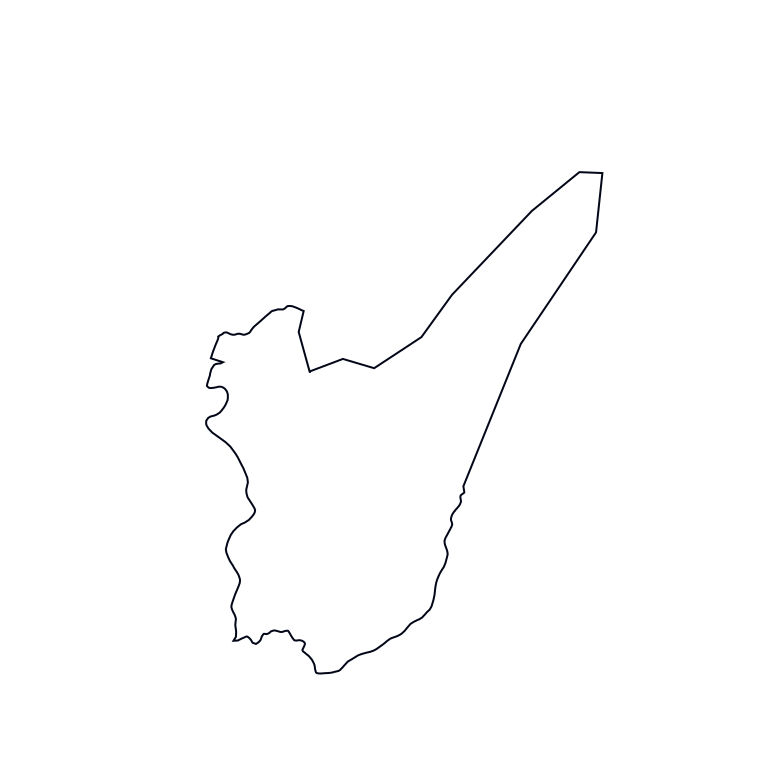 the district of Bazile, Dennery, Saint Lucia, rotated 124°
{"feature_id": "8701671B50411660224690", "entity_name": "Bazile", "entity_type": "district", "adm_level": 2, "iso_a3": "LCA", "parent_name": "Saint Lucia", "parent_adm1": "Dennery", "projection": "mercator", "projection_center": [-60.918, 13.909], "detail": "fine", "context": "isolated", "style": "outline", "palette": "ink", "viewbox_px": 768, "rotation_deg": 124, "n_neighbors": 0, "source": "geoboundaries", "source_scale": "gbopen_adm2", "svg_char_len": 6152}
<svg xmlns="http://www.w3.org/2000/svg" viewBox="0 0 768 768"><g transform="rotate(124 384 384)"><path d="M274.3,293.0L139.7,293.0L87.0,320.9L99.1,340.5L157.8,358.2L272.0,377.5L324.2,379.2L376.4,401.0L386.2,432.1L414.7,452.3L416.0,451.8L388.6,483.8L368.4,491.4L369.0,494.2L369.1,495.6L369.6,498.3L369.8,499.4L370.7,503.1L371.4,504.7L371.9,505.6L372.5,506.5L373.5,507.6L374.1,507.8L374.3,507.8L374.7,508.0L375.5,508.1L376.9,508.5L378.0,509.0L378.5,509.3L379.4,510.5L380.8,512.7L381.5,513.7L381.8,514.0L382.7,514.7L384.2,515.9L384.6,516.4L385.0,516.6L385.1,516.8L385.4,517.0L385.7,517.3L386.9,518.0L387.1,518.0L389.4,518.5L389.8,518.7L395.1,520.2L395.5,520.2L398.3,521.0L399.8,521.3L402.8,522.1L403.9,522.4L408.7,523.7L409.2,523.8L409.6,523.9L410.0,523.9L410.4,524.0L411.0,524.0L411.5,524.1L412.1,524.1L413.8,524.2L415.6,524.1L416.2,524.2L417.2,524.4L417.4,524.6L418.9,525.5L420.2,526.4L420.7,526.9L421.3,527.4L421.7,528.0L422.0,528.7L423.0,531.7L423.3,532.0L423.4,532.4L423.9,533.0L424.7,533.8L425.0,534.0L426.3,535.1L427.2,536.1L427.6,536.6L427.7,536.9L428.5,538.9L429.1,542.8L429.8,544.2L431.3,545.6L432.8,545.8L435.4,547.2L437.4,548.0L438.2,547.2L439.8,546.7L441.6,546.3L445.3,545.6L452.7,543.9L459.5,541.9L456.0,529.7L458.6,531.2L459.9,533.0L461.8,534.8L463.4,535.5L468.3,535.4L472.8,533.9L474.3,533.1L478.6,531.9L482.5,530.7L484.6,529.8L484.9,528.6L485.0,526.7L484.6,525.8L482.5,523.2L480.1,520.8L478.6,519.5L477.2,517.2L476.8,514.7L477.0,512.9L478.0,510.1L479.8,507.8L482.6,505.8L485.0,504.6L490.1,503.7L493.2,503.6L496.9,503.8L499.7,504.2L503.3,505.8L505.4,507.3L507.8,509.5L510.4,510.8L513.9,510.8L516.6,509.1L517.6,507.8L519.1,504.6L520.3,499.2L520.8,483.1L521.8,476.5L524.6,468.6L526.4,464.5L530.6,457.0L532.5,453.4L533.2,452.4L536.3,447.7L538.3,444.8L541.7,441.8L548.9,439.0L551.6,436.8L554.2,433.8L557.2,426.7L559.1,422.6L560.4,420.5L562.3,419.5L564.6,419.1L567.7,419.3L572.3,420.0L576.9,422.0L580.1,424.1L585.2,425.7L590.4,426.6L594.9,426.6L600.1,425.7L603.2,425.0L609.3,422.8L611.9,420.4L614.5,416.7L617.0,412.6L619.0,407.8L620.5,405.0L622.4,400.3L623.9,397.5L625.4,395.5L626.9,393.8L629.4,392.4L633.3,391.4L641.5,389.8L648.8,387.9L652.4,386.8L654.3,385.8L655.9,383.9L656.7,382.6L657.6,381.2L658.4,379.5L660.2,376.9L661.7,375.3L664.8,373.7L667.0,372.5L671.6,368.4L673.2,367.3L676.4,365.4L681.0,365.2L679.0,362.5L678.4,361.7L676.5,360.7L674.4,359.5L670.2,356.8L669.8,355.8L669.9,353.8L670.6,351.1L672.0,348.3L671.1,344.8L668.9,343.8L668.6,343.8L667.4,343.4L666.9,343.4L666.6,343.3L666.3,343.3L665.8,343.2L664.8,343.3L663.9,343.5L662.1,344.0L661.5,344.1L661.2,344.1L660.9,344.2L659.4,344.1L659.1,344.1L658.8,344.1L658.3,343.9L657.9,343.3L657.2,341.9L656.9,341.4L656.4,341.0L655.8,340.6L655.0,340.1L654.5,339.9L652.4,339.4L651.9,339.1L650.9,338.3L649.7,337.3L649.0,335.8L648.1,333.2L647.7,331.8L647.0,330.3L645.8,329.2L645.5,329.0L645.2,328.7L644.8,328.5L643.5,327.3L642.9,326.6L642.5,326.0L642.3,325.5L642.3,325.3L642.8,324.0L645.5,318.4L646.0,317.0L646.6,315.2L646.5,314.8L646.3,314.3L645.9,313.5L645.3,312.6L644.6,312.0L643.8,311.0L643.5,310.5L642.9,309.1L642.6,307.9L642.6,306.5L642.7,306.3L642.7,305.6L643.0,305.0L643.4,304.4L644.0,304.1L644.4,304.0L645.6,303.6L646.0,303.6L646.3,303.5L647.3,303.4L647.7,303.3L649.0,303.2L649.5,303.0L649.8,303.0L650.3,302.7L650.7,302.2L650.9,301.6L650.9,301.4L651.0,301.1L651.0,300.8L651.0,300.0L651.1,299.4L651.1,298.8L651.2,298.5L651.4,296.6L651.4,296.2L651.4,295.4L651.5,295.1L651.5,294.8L651.6,294.0L652.1,292.1L652.8,289.9L653.6,288.1L653.9,287.7L654.5,286.5L655.4,285.1L656.5,283.8L658.7,281.9L659.3,281.3L660.8,279.6L661.1,279.1L661.2,278.7L661.2,278.2L660.9,277.2L660.3,276.0L659.7,275.0L657.4,272.0L657.2,271.8L656.7,271.2L655.1,269.0L653.8,267.4L652.6,266.1L651.6,265.1L650.0,263.8L649.6,263.3L649.0,262.9L648.8,262.6L647.9,261.8L647.2,261.2L646.6,260.9L645.6,260.5L642.7,260.0L641.1,259.7L640.4,259.7L638.5,259.4L637.8,259.3L637.1,259.2L636.4,259.1L635.7,259.0L635.3,258.9L634.4,258.8L633.5,258.4L632.3,257.8L630.0,256.7L627.1,255.4L626.8,255.2L626.4,255.0L626.2,255.0L625.8,254.8L625.3,254.6L625.0,254.4L624.3,254.2L622.8,253.3L620.7,251.8L620.0,251.2L619.7,251.0L616.0,247.8L613.9,245.8L610.9,243.6L610.1,243.1L607.7,241.9L605.5,241.1L602.5,240.0L601.8,239.7L600.9,239.4L598.8,238.7L594.9,237.6L592.0,236.5L591.5,236.3L590.6,235.7L590.2,235.5L587.5,233.4L584.6,231.4L584.0,231.2L583.4,230.8L582.3,230.3L580.9,229.7L580.3,229.6L579.1,229.3L577.0,228.8L575.3,228.7L574.7,228.6L574.4,228.6L571.6,228.3L571.4,228.3L570.9,228.2L570.6,228.2L570.0,228.1L568.1,227.9L567.4,227.6L566.0,227.0L563.9,226.0L563.0,225.4L561.3,224.5L559.5,223.3L558.3,222.7L556.7,222.0L555.9,221.7L555.5,221.7L553.9,221.5L553.1,221.3L551.8,221.1L551.4,221.1L550.6,221.0L549.0,220.8L546.9,220.3L545.8,220.0L544.9,220.0L544.2,220.1L543.1,220.1L541.6,220.3L538.4,221.3L536.8,221.8L535.5,222.2L531.3,223.9L529.4,224.8L525.3,227.0L523.2,228.0L521.9,228.6L520.5,229.2L520.2,229.3L518.4,230.0L515.4,230.8L514.1,231.0L513.6,231.2L513.0,231.2L512.6,231.4L512.0,231.4L511.2,231.6L508.8,231.9L508.2,231.9L507.5,232.0L502.3,232.1L501.9,232.2L501.3,232.3L500.8,232.4L499.2,232.7L497.3,233.2L490.8,235.5L489.6,236.0L489.2,236.3L487.8,237.5L487.0,238.4L485.4,240.4L485.1,240.9L484.6,241.6L484.3,242.0L484.1,242.3L483.0,243.7L482.2,244.5L481.6,245.1L481.1,245.4L480.9,245.6L480.5,245.9L479.9,246.2L479.4,246.4L478.1,246.7L477.6,246.9L476.8,247.0L476.2,247.1L475.6,247.1L475.3,247.2L474.4,247.2L473.9,247.3L473.3,247.3L472.0,247.5L469.5,247.7L468.9,247.8L468.4,247.8L468.0,247.9L467.1,247.9L465.7,248.2L464.7,248.2L464.5,248.3L464.0,248.4L463.6,248.5L462.9,248.7L462.3,248.9L461.8,249.4L461.1,250.1L460.8,250.4L459.8,251.8L459.5,252.1L459.1,252.6L458.8,252.8L458.3,253.1L457.2,253.6L455.2,254.2L453.9,254.4L453.2,254.5L450.2,254.5L449.7,254.3L447.9,254.3L447.2,254.1L446.6,254.1L446.4,254.0L445.2,253.9L444.1,253.8L443.8,253.7L443.0,253.7L442.4,253.7L440.7,253.8L440.2,254.0L439.5,254.1L438.8,254.3L438.4,254.4L436.5,256.1L435.9,256.8L434.6,257.7L433.9,258.0L433.5,258.1L432.8,258.0L430.5,257.2L430.2,257.0L429.6,256.8L429.4,256.8L429.2,256.8L428.7,257.0L424.4,261.0L274.3,293.0Z" fill="none" stroke="#020617" stroke-width="2"/></g></svg>